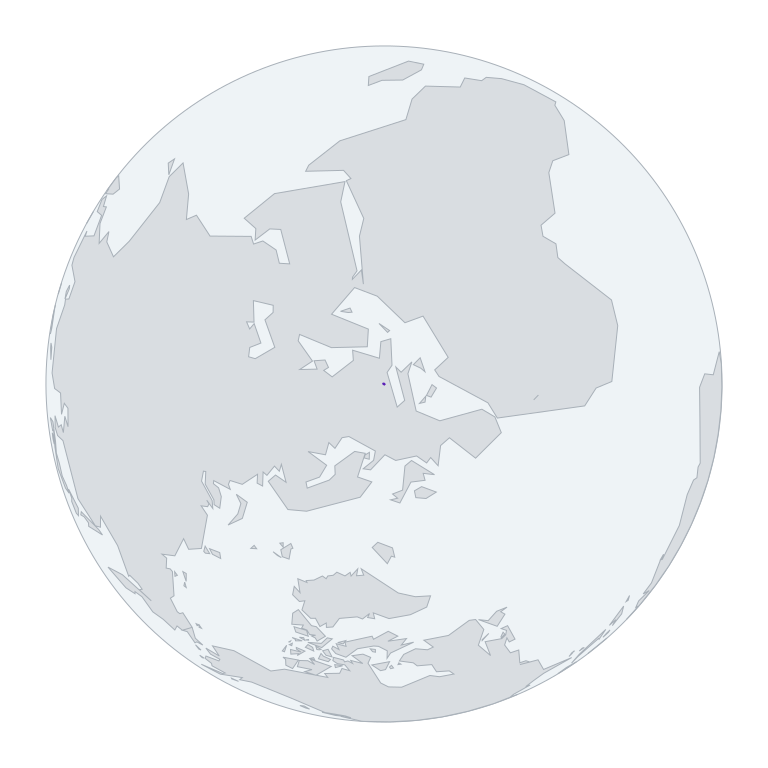 Bosnian Podrinje highlighted on a globe, orthographic projection, rotated 211°
{"feature_id": "BIH-2891", "entity_name": "Bosnian Podrinje", "entity_type": "Canton", "adm_level": 1, "iso_a3": "BIH", "parent_name": "Bosnia and Herzegovina", "parent_adm1": "", "projection": "orthographic", "projection_center": [18.793, 43.673], "detail": "fine", "context": "on_globe", "style": "filled", "palette": "violet", "viewbox_px": 768, "rotation_deg": 211, "n_neighbors": 0, "source": "natural_earth", "source_scale": "10m", "svg_char_len": 11038}
<svg xmlns="http://www.w3.org/2000/svg" viewBox="0 0 768 768"><g transform="rotate(211 384 384)"><circle cx="384" cy="384" r="338" fill="#eef3f6" stroke="#a8b0b8"/><path d="M227.4,84.5L229.6,83.4L249.9,76.8L240.4,80.9L246.4,79.5L258.7,74.7L265.4,72.0L302.6,66.8L344.0,60.3L355.4,56.2L354.2,59.4L374.9,51.0L396.3,49.7L373.0,52.8L371.3,54.5L386.3,53.9L387.9,55.7L396.0,56.7L396.5,59.1L382.9,61.6L382.9,63.5L393.5,63.1L400.7,65.9L385.1,66.0L396.1,71.2L375.3,78.1L333.2,79.7L322.4,88.3L281.1,103.5L285.7,105.3L273.0,113.2L273.5,118.5L265.7,120.6L272.9,123.1L279.9,120.3L285.4,120.6L286.4,123.7L276.6,126.6L274.7,125.5L272.3,128.0L267.0,128.3L270.2,129.9L258.2,133.5L271.4,134.7L262.9,141.6L254.6,142.8L253.9,136.4L232.8,126.0L224.1,126.7L212.7,133.2L194.5,157.8L185.6,161.7L174.7,171.4L180.3,171.7L190.8,164.4L198.5,168.1L210.4,159.5L215.3,160.1L228.2,154.5L227.8,162.4L220.6,173.3L209.8,178.6L206.3,183.9L217.9,184.9L199.2,201.7L189.2,225.3L184.2,229.3L172.0,225.0L168.6,208.7L152.8,206.1L164.6,215.2L151.9,226.4L150.5,231.7L152.1,235.9L157.6,234.7L153.6,240.5L140.3,232.8L143.8,227.4L147.9,229.7L146.2,222.4L137.2,218.7L131.5,225.4L124.0,215.0L119.8,219.9L115.8,220.8L123.0,213.5L109.9,226.9L100.2,221.5L82.2,246.2L98.1,218.3L102.7,207.6L106.7,197.6L103.7,201.3L113.1,184.8L114.7,180.2L109.7,186.7L125.8,166.0L143.5,146.7L162.6,128.7L183.0,112.3L204.7,97.6L227.4,84.5ZM84.5,227.5L85.8,225.2L81.6,235.0L75.9,245.2L84.5,227.5ZM70.5,257.9L65.4,272.0L62.1,281.1L70.5,257.9ZM54.9,307.4L54.4,309.7L51.5,324.7L53.1,322.2L54.0,329.2L50.3,343.5L53.7,337.5L52.3,351.3L56.4,375.7L55.1,377.0L58.0,414.9L67.1,445.3L69.2,461.1L67.5,464.8L72.0,474.6L72.2,479.0L95.4,517.1L111.8,543.7L114.3,557.9L106.5,561.5L113.3,584.4L105.3,575.1L92.7,555.2L81.4,534.4L71.7,513.0L63.4,490.9L56.7,468.2L51.7,445.2L48.2,421.9L46.4,398.3L46.2,374.8L47.7,351.2L50.8,327.8L52.1,320.6L53.7,312.6L54.9,307.4ZM77.4,253.0L67.5,287.9L68.2,276.0L69.0,276.4L72.5,265.7L77.4,250.4L79.5,241.3L77.4,253.0ZM83.8,250.6L85.1,245.7L84.5,249.6L83.8,250.6ZM268.1,70.7L258.8,74.5L247.1,78.6L254.6,75.0L268.1,70.7ZM290.5,65.1L286.6,66.9L280.3,67.0L284.5,65.9L290.5,65.1ZM363.3,53.3L355.5,54.2L362.6,52.8L363.3,53.3ZM397.0,56.4L398.8,55.8L402.3,56.6L397.0,56.4ZM227.5,150.7L227.7,152.6L225.2,152.6L227.5,150.7ZM232.7,146.7L229.6,145.5L231.6,143.4L233.5,144.2L232.7,146.7ZM406.2,61.4L411.3,63.4L403.8,61.7L406.2,61.4ZM236.2,148.9L235.6,140.0L239.3,136.5L249.7,136.9L236.2,148.9ZM412.7,64.8L425.1,70.4L430.0,69.1L423.1,76.6L414.8,68.9L404.8,66.9L411.6,66.6L412.7,64.8ZM281.7,118.1L274.3,121.2L279.6,115.9L281.7,118.1ZM283.8,114.7L292.3,99.3L303.8,96.7L298.6,102.1L312.7,97.1L314.2,103.4L306.7,107.6L299.0,107.8L305.5,110.1L283.8,114.7ZM417.2,80.2L418.2,82.2L414.6,80.6L417.2,80.2ZM288.0,120.4L288.7,117.3L298.7,114.7L299.2,120.6L295.8,119.5L288.0,120.4ZM315.8,93.0L323.3,92.4L326.5,97.3L329.9,97.8L315.2,103.3L315.8,93.0ZM294.0,121.6L299.2,123.7L295.3,127.8L288.0,123.3L294.0,121.6ZM301.1,111.7L305.9,110.9L303.4,113.2L301.1,111.7ZM284.6,144.4L285.2,140.2L290.5,138.5L284.6,144.4ZM301.3,124.2L302.6,122.8L304.8,121.8L307.3,124.0L301.3,124.2ZM318.5,106.6L318.3,108.9L324.7,104.5L327.4,108.3L317.1,111.5L322.6,111.7L323.5,113.0L314.2,114.3L318.5,106.6ZM316.2,123.3L304.1,129.4L301.9,137.2L297.1,138.9L301.6,126.0L316.2,123.3ZM315.8,117.8L315.0,121.5L309.5,121.5L306.7,118.9L315.8,117.8ZM332.9,109.9L331.4,103.2L333.7,102.8L332.9,109.9ZM316.7,125.6L319.6,124.1L317.1,126.1L316.7,125.6ZM329.1,114.6L328.3,112.2L330.9,111.8L329.1,114.6ZM326.1,123.4L322.2,125.2L320.1,123.5L326.1,123.4ZM328.4,119.4L332.2,119.4L321.8,121.7L327.6,118.3L328.4,119.4ZM331.7,114.6L333.0,113.6L331.7,115.7L331.7,114.6ZM336.1,129.6L323.5,132.9L319.0,128.8L331.9,126.0L336.1,129.6ZM213.7,554.4L190.0,503.5L200.1,489.8L200.7,468.6L269.3,413.2L285.2,421.4L340.7,418.8L347.8,422.2L342.7,439.9L385.5,462.3L397.6,447.3L435.0,455.8L458.9,451.5L464.9,416.8L425.7,423.0L417.5,407.3L447.8,388.1L481.9,383.0L479.8,376.8L457.1,366.8L463.7,353.0L449.0,362.3L455.9,367.9L446.9,374.2L440.1,369.6L442.7,364.6L432.1,363.4L422.4,388.4L428.3,396.8L401.2,403.7L408.5,418.7L401.5,426.3L386.8,404.2L387.3,395.5L360.8,371.0L357.8,380.6L382.6,404.7L375.4,402.9L371.5,417.3L368.8,405.1L342.5,377.4L317.2,381.2L287.1,412.8L272.0,412.9L258.4,402.7L267.3,367.6L300.2,371.6L303.8,360.4L295.5,341.8L306.1,345.0L306.8,338.3L319.0,339.1L334.6,324.5L346.8,323.8L351.3,303.5L358.2,300.6L353.6,313.2L356.9,322.1L387.0,320.9L392.3,316.4L392.9,303.6L401.1,305.4L397.7,293.2L414.3,287.0L391.3,284.8L391.3,271.0L400.4,259.8L396.2,255.2L381.4,273.5L379.3,281.4L384.0,288.5L374.4,311.1L364.4,314.9L358.8,290.7L344.0,293.8L346.1,274.7L384.8,235.1L401.7,226.9L433.1,241.0L430.1,250.1L417.3,249.3L430.6,262.3L428.8,255.3L435.6,257.2L437.3,245.4L442.3,246.3L435.5,234.0L441.7,233.7L445.9,241.5L453.8,225.0L466.3,222.0L465.7,217.9L461.5,214.5L480.2,213.5L478.9,210.7L472.3,209.8L465.5,203.7L460.8,192.9L467.5,193.1L470.1,197.1L485.7,206.1L491.7,217.2L493.9,216.3L490.4,206.8L471.3,195.6L466.6,189.1L476.1,193.1L472.3,191.1L472.0,188.0L478.0,185.4L467.8,180.6L455.8,149.0L466.3,141.7L476.1,148.2L474.8,129.0L486.7,123.8L480.6,122.8L475.9,114.0L472.1,115.4L468.8,114.3L454.9,94.3L456.8,90.4L443.9,82.3L440.8,82.0L438.6,84.3L423.1,76.6L430.0,69.1L436.8,70.0L436.6,65.4L452.1,68.6L464.8,69.6L481.9,77.0L490.5,77.8L489.4,76.0L500.2,76.4L526.3,84.9L510.0,85.8L471.8,78.3L487.8,81.6L485.6,83.5L492.3,86.5L503.4,89.1L503.8,87.7L529.1,108.3L558.9,124.7L553.3,115.2L558.4,113.8L587.3,128.1L630.0,170.1L637.2,171.7L643.4,177.3L649.7,187.4L640.9,179.4L639.7,182.8L633.8,177.2L641.0,192.0L632.8,184.6L642.4,200.4L648.1,202.8L644.8,191.9L656.6,209.7L664.0,210.5L674.2,222.5L693.2,262.8L698.4,287.3L700.7,292.7L697.9,294.6L701.6,312.6L712.7,325.1L714.9,332.9L717.4,362.1L716.2,356.8L708.9,361.6L712.9,383.1L718.6,384.1L720.8,397.0L718.7,402.3L715.9,391.6L713.2,392.8L710.1,375.3L700.6,357.8L698.3,373.0L694.8,363.0L681.4,353.7L675.9,375.1L669.7,424.0L674.9,451.1L670.1,470.0L649.3,446.2L638.1,423.2L631.7,432.1L609.3,421.2L573.9,442.1L567.9,436.8L561.5,444.2L545.5,443.3L535.9,433.6L526.7,438.4L552.1,463.3L561.8,458.1L568.6,441.0L573.9,451.2L589.2,454.1L575.9,490.8L521.7,537.4L514.9,517.8L465.4,467.1L466.0,459.5L465.7,458.7L465.0,457.4L462.1,470.1L453.1,459.0L481.2,498.1L486.6,515.5L521.0,538.9L518.2,543.1L528.7,546.3L560.7,526.0L561.2,532.8L547.1,569.7L501.4,621.9L506.7,642.7L501.9,660.7L471.6,677.8L472.4,687.9L456.5,694.3L454.3,699.5L440.5,706.3L418.1,712.6L382.0,714.3L381.1,710.9L365.2,702.6L343.7,675.9L354.3,662.3L351.6,650.1L325.4,618.5L331.2,601.0L323.8,592.5L308.8,592.7L300.1,581.9L290.8,580.2L232.3,573.2L213.7,554.4ZM247.5,447.5L246.0,453.9L246.0,454.0L247.5,447.5ZM519.5,394.4L538.9,388.2L527.3,370.1L533.8,366.5L527.5,362.0L526.4,368.9L510.6,355.7L517.9,346.2L514.1,337.6L507.4,339.4L496.5,359.2L519.1,377.7L515.9,388.2L519.5,394.4ZM56.6,376.3L56.7,382.1L55.6,378.1L56.6,376.3ZM65.9,279.6L64.9,284.9L63.6,289.6L63.8,286.5L65.9,279.6ZM64.4,322.2L64.6,329.2L63.3,324.3L64.4,322.2ZM66.5,293.2L64.2,317.1L61.9,309.4L63.8,294.5L63.9,301.4L66.5,293.2ZM79.1,255.7L78.0,259.8L76.6,261.3L79.1,255.7ZM83.4,253.5L83.4,252.5L85.0,249.1L83.4,253.5ZM152.7,226.8L153.6,227.6L154.1,232.6L151.6,231.8L152.7,226.8ZM170.4,247.2L163.6,256.1L166.7,248.9L161.8,249.0L162.2,234.6L181.7,230.7L172.8,234.8L170.4,247.2ZM168.2,215.3L165.7,224.2L167.7,214.6L168.2,215.3ZM298.2,303.0L302.9,308.1L298.9,315.4L283.5,318.3L289.0,307.5L298.2,303.0ZM310.4,313.8L309.1,290.2L318.7,288.1L313.5,293.1L320.0,294.1L313.4,302.6L323.8,324.5L321.0,332.6L294.0,332.3L304.4,327.6L299.2,322.6L310.4,313.8ZM289.0,240.2L288.6,231.7L309.9,237.8L307.8,245.1L292.3,247.9L285.6,241.1L289.0,240.2ZM254.7,152.0L253.2,149.7L255.9,148.7L259.4,149.9L254.7,152.0ZM284.5,142.6L264.3,161.7L261.5,159.8L253.0,174.2L242.3,175.0L248.2,165.5L233.6,177.4L234.7,169.2L225.6,178.0L239.8,156.8L240.1,150.4L243.8,157.0L253.6,156.3L257.9,154.1L270.4,143.4L275.9,130.2L286.5,128.1L292.5,130.0L292.8,132.9L285.8,133.2L291.2,136.8L281.4,139.6L284.5,142.6ZM356.7,164.3L348.5,161.9L357.6,172.7L347.8,174.2L349.5,175.4L343.0,179.9L337.9,187.7L333.3,187.3L333.3,190.5L329.0,193.9L327.5,198.4L318.6,199.4L316.0,205.1L313.3,202.4L311.3,212.1L308.8,205.5L302.9,209.7L308.4,213.9L264.2,212.2L247.6,217.8L235.0,226.4L232.5,214.8L242.6,199.8L258.9,185.5L275.3,182.3L271.1,178.0L277.8,175.4L278.2,179.8L281.4,171.5L287.0,170.6L301.5,160.1L302.7,149.4L308.0,145.7L310.4,149.4L314.0,143.1L322.1,147.9L326.1,145.4L338.0,148.1L340.2,157.4L344.5,154.0L353.8,156.3L356.7,164.3ZM339.3,130.6L344.2,140.5L341.2,146.5L321.7,139.5L317.0,141.1L304.3,137.6L308.9,129.2L312.1,130.9L316.3,130.7L313.2,133.4L318.8,131.0L323.3,133.4L328.9,132.4L329.0,135.8L339.3,130.6ZM355.2,415.6L360.6,416.5L368.8,415.7L366.5,425.1L355.2,415.6ZM336.9,397.0L341.7,396.1L342.5,408.2L336.9,407.6L336.9,397.0ZM343.6,385.6L341.9,395.1L339.5,389.6L343.6,385.6ZM357.9,311.9L362.9,310.4L363.7,313.4L361.3,317.9L357.9,311.9ZM381.7,199.3L377.5,196.3L378.8,194.6L375.2,185.0L382.2,183.6L387.1,188.8L381.7,199.3ZM458.7,423.9L452.2,431.6L448.4,429.1L451.4,426.9L458.7,423.9ZM407.5,430.1L419.5,433.3L406.7,432.7L407.5,430.1ZM388.7,196.0L386.4,192.2L391.3,193.9L388.7,196.0ZM387.1,182.1L392.7,183.1L382.6,182.3L387.1,182.1ZM555.3,639.8L529.3,673.4L514.6,678.6L513.7,672.6L524.5,654.2L542.1,643.3L551.2,631.8L555.3,639.8ZM719.7,422.8L718.7,425.9L711.1,414.9L714.0,407.2L720.7,403.7L720.4,408.8L721.1,408.0L719.7,422.8ZM721.9,382.1L721.9,381.6L721.7,371.9L721.6,368.4L721.9,382.1ZM676.2,452.5L682.7,462.2L679.5,469.1L676.2,452.5ZM712.4,304.6L709.5,293.3L709.8,294.2L712.4,304.6ZM706.4,282.7L706.0,281.7L705.0,278.5L705.9,281.2L706.4,282.7ZM704.0,299.8L704.4,306.9L702.8,303.6L701.2,292.5L704.0,299.8ZM682.0,233.2L688.3,243.2L690.6,247.7L687.7,244.4L682.0,233.2ZM445.0,182.8L442.4,197.3L445.1,207.8L453.8,213.4L440.3,212.2L436.2,195.9L445.0,182.8ZM453.8,152.9L446.0,148.8L450.0,147.0L452.3,147.7L453.8,152.9ZM448.7,153.0L438.0,154.9L434.1,150.3L443.3,149.7L448.7,153.0ZM413.5,174.5L412.2,178.8L408.3,177.2L413.5,174.5ZM704.2,275.9L705.1,279.0L697.5,260.7L695.7,255.0L702.2,270.7L702.4,270.7L704.2,275.9ZM643.3,171.4L639.5,168.1L635.7,162.6L639.4,166.4L643.3,171.4ZM619.7,143.7L633.4,160.2L643.7,174.6L644.0,173.4L652.7,183.4L648.4,181.2L635.9,165.5L629.3,156.1L621.5,148.9L612.4,139.4L603.8,133.5L597.7,128.2L603.5,130.8L619.7,143.7ZM600.3,131.5L582.1,120.1L578.1,113.8L581.2,114.8L591.2,122.5L592.8,125.3L600.3,131.5ZM576.5,115.7L577.7,118.6L553.6,112.3L547.5,109.6L563.8,109.9L565.8,112.8L572.5,115.7L576.5,115.7ZM421.6,81.8L418.5,82.2L419.7,80.6L421.6,81.8ZM466.8,115.3L462.6,113.6L464.1,111.5L466.8,115.3ZM451.6,108.0L452.8,111.5L448.7,107.7L451.6,108.0ZM455.9,119.7L451.9,112.9L459.8,119.6L455.9,119.7Z" fill="#d9dde1" stroke="#a8b0b8" stroke-width="1"/><path d="M383.2,383.9L383.3,384.0L383.5,384.0L383.6,383.9L383.7,383.6L383.8,383.5L384.0,383.4L384.4,383.4L384.6,383.5L384.8,383.7L385.0,383.7L385.1,383.8L385.1,384.0L384.9,384.2L384.7,384.3L384.4,384.5L384.2,384.5L383.9,384.6L383.6,384.5L383.4,384.4L383.1,384.2L383.2,383.9Z" fill="#8b5cf6" stroke="#5b21b6" stroke-width="1.5"/></g></svg>